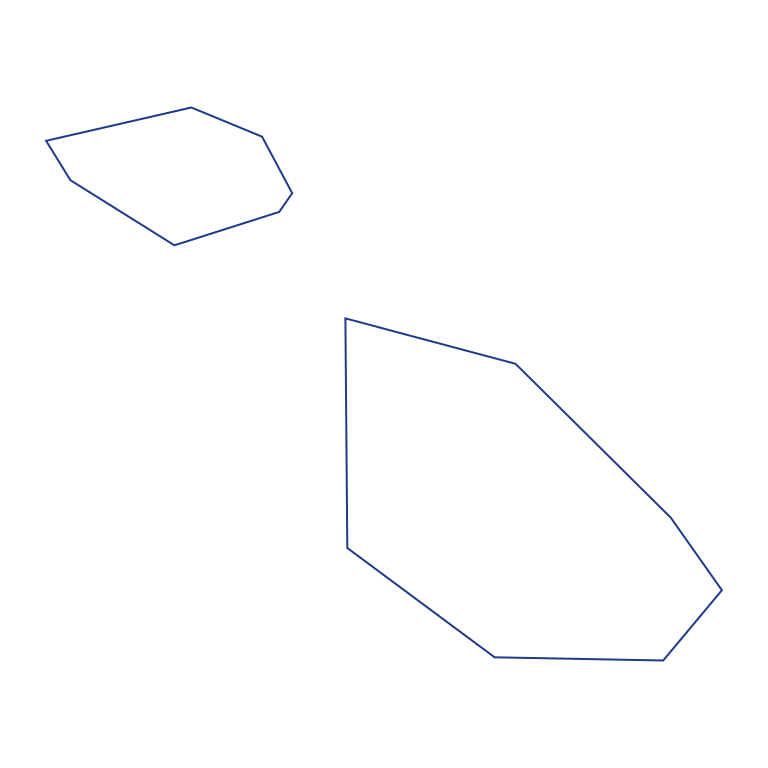 map outline of Malta (Mercator projection)
{"feature_id": "MLT", "entity_name": "Malta", "entity_type": "country or territory", "adm_level": 0, "iso_a3": "MLT", "parent_name": "Europe", "parent_adm1": "", "projection": "mercator", "projection_center": [14.371, 35.948], "detail": "fine", "context": "isolated", "style": "outline", "palette": "blue", "viewbox_px": 768, "rotation_deg": 0, "n_neighbors": 0, "source": "natural_earth", "source_scale": "50m", "svg_char_len": 318}
<svg xmlns="http://www.w3.org/2000/svg" viewBox="0 0 768 768"><path d="M721.9,590.2L663.2,660.5L494.6,657.3L347.3,548.0L345.4,318.4L515.5,363.8L670.8,517.7L721.9,590.2ZM279.2,211.9L174.4,245.3L70.4,180.2L46.1,140.8L191.3,107.5L262.1,136.7L292.2,193.2L279.2,211.9Z" fill="none" stroke="#1e3a8a" stroke-width="2"/></svg>